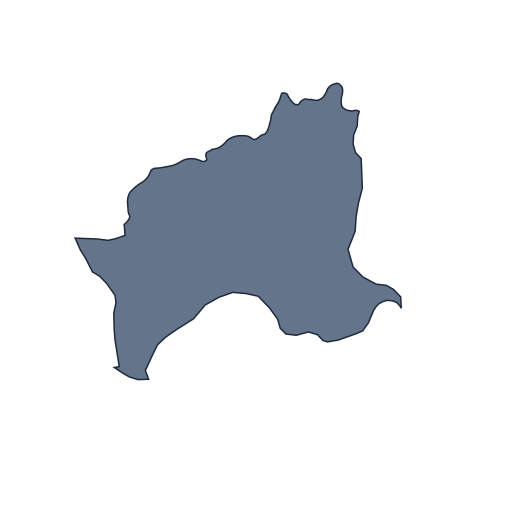 Jasong, Chagang-do, North Korea, rotated 46°
{"feature_id": "82179303B8327085431714", "entity_name": "Jasong", "entity_type": "district", "adm_level": 2, "iso_a3": "PRK", "parent_name": "North Korea", "parent_adm1": "Chagang-do", "projection": "equal_earth", "projection_center": [126.597, 41.451], "detail": "fine", "context": "isolated", "style": "filled", "palette": "slate", "viewbox_px": 512, "rotation_deg": 46, "n_neighbors": 0, "source": "geoboundaries", "source_scale": "gbopen_adm2", "svg_char_len": 6039}
<svg xmlns="http://www.w3.org/2000/svg" viewBox="0 0 512 512"><g transform="rotate(46 256 256)"><path d="M384.0,231.2L382.1,221.4L376.9,209.4L375.9,204.9L375.7,200.9L376.9,196.6L378.8,192.7L382.8,189.1L387.2,187.1L391.4,187.1L394.5,187.8L385.9,180.3L375.8,180.3L367.7,182.6L359.6,189.2L345.4,193.7L331.3,193.8L315.1,185.1L307.1,167.5L297.1,156.5L289.1,145.5L281.0,132.3L258.9,112.6L250.8,112.6L242.8,108.3L236.8,101.7L232.8,92.9L226.7,86.3L223.7,81.3L223.1,81.5L222.4,81.7L221.9,82.0L221.4,82.3L221.0,82.5L220.7,82.8L220.4,83.1L220.2,83.5L219.9,83.9L219.6,84.3L219.4,84.7L219.1,85.2L218.8,85.7L218.5,86.1L218.0,86.5L217.5,87.0L217.1,87.2L216.7,87.6L216.1,88.0L215.8,88.3L215.2,88.7L214.8,88.9L214.4,89.1L213.1,89.7L212.5,89.8L212.0,90.1L211.4,90.2L210.9,90.3L210.5,90.3L210.0,90.4L209.4,90.4L208.6,90.3L208.3,90.2L207.6,90.0L206.9,89.7L206.6,89.4L206.0,89.2L205.7,88.8L204.7,88.0L204.3,87.7L203.9,87.3L203.4,86.7L203.1,86.3L202.6,85.8L202.2,85.4L201.9,85.0L201.4,84.5L201.0,83.8L200.7,83.4L200.4,82.9L200.1,82.5L199.8,81.9L199.4,81.4L199.0,80.8L197.5,79.1L197.1,78.6L196.6,78.3L196.3,78.0L195.9,77.7L195.6,77.5L194.6,76.9L194.1,76.8L193.6,76.7L193.1,76.6L192.4,76.6L191.9,76.6L191.2,76.7L190.5,76.7L189.5,76.9L189.2,77.0L188.8,77.2L188.5,77.4L188.3,77.6L188.0,77.9L187.8,78.2L187.5,78.5L187.3,78.9L187.1,79.2L186.9,79.6L186.7,79.9L186.6,80.2L186.4,80.6L186.3,81.0L186.1,81.2L185.7,82.3L185.7,82.7L185.5,83.1L185.4,83.4L185.4,83.8L185.3,84.2L185.3,84.5L185.3,85.3L185.2,85.6L185.3,86.1L185.2,86.4L185.4,87.5L185.4,88.1L185.6,88.6L185.7,89.0L185.8,89.3L186.1,89.7L186.3,90.1L186.4,90.5L186.8,91.1L187.0,92.0L187.2,92.5L187.5,93.3L187.6,93.9L187.8,94.5L187.9,94.9L188.1,95.5L188.1,96.1L188.3,96.8L188.3,97.7L188.3,98.7L188.2,99.4L188.0,100.1L187.9,100.8L187.6,101.6L187.4,102.2L187.1,102.7L186.8,103.3L186.5,103.7L186.2,104.2L185.9,104.6L185.6,105.0L185.0,105.3L184.1,106.0L183.5,106.4L183.1,106.7L182.7,107.0L182.1,107.3L181.5,107.7L180.9,108.8L180.3,109.2L179.8,109.6L179.1,110.1L178.3,110.6L177.7,111.2L177.1,111.7L176.7,112.3L176.4,113.3L176.2,114.1L176.1,114.8L176.1,115.5L176.0,116.2L175.9,116.9L176.0,117.4L176.5,118.9L176.5,119.7L176.5,120.5L176.1,121.0L175.1,121.8L174.6,122.2L174.0,122.6L173.0,122.8L172.3,122.9L171.5,122.9L170.3,122.9L169.5,122.9L168.5,122.8L167.5,122.7L166.6,122.6L165.6,122.4L164.6,122.2L164.0,122.0L163.1,121.9L162.5,121.6L162.1,121.3L161.3,121.2L160.4,121.3L159.9,121.6L159.4,121.8L158.9,122.1L158.5,122.4L157.8,122.9L157.2,123.8L157.0,124.1L156.9,124.6L157.5,125.7L157.8,126.3L158.1,126.9L158.5,127.8L158.9,128.4L159.3,129.2L160.1,130.5L160.2,131.1L160.9,132.6L161.0,133.4L161.3,134.2L161.5,135.3L161.7,136.1L162.0,136.9L162.2,137.8L162.3,138.6L162.6,139.4L163.6,142.0L163.9,142.8L164.4,144.4L164.6,145.3L164.9,146.0L165.2,146.7L165.6,147.4L166.0,148.0L166.4,148.6L166.9,149.1L167.3,149.7L167.8,150.2L168.1,150.7L168.5,151.1L168.8,151.7L169.2,152.3L169.5,152.9L169.9,153.5L170.2,154.1L170.6,154.7L171.0,155.4L171.4,156.1L172.3,157.4L172.5,158.1L173.0,159.0L173.3,159.8L173.7,160.5L174.2,162.6L174.4,163.2L174.4,164.7L174.4,165.1L174.2,165.6L173.8,166.2L173.5,166.7L173.2,167.2L173.0,167.7L172.7,168.8L172.5,171.2L172.5,172.1L172.2,173.4L172.1,174.1L171.9,174.6L171.7,175.2L171.4,175.8L171.0,176.4L170.4,176.7L169.9,177.0L169.3,177.1L168.7,177.3L167.9,177.4L167.1,177.7L166.7,177.7L165.7,178.0L165.0,178.3L164.4,178.5L162.7,179.7L162.0,180.3L161.3,180.9L159.8,182.4L158.5,183.8L158.1,184.2L157.5,184.9L157.1,185.4L156.7,185.9L155.9,187.2L155.6,187.8L155.2,188.4L154.8,189.1L154.3,190.2L154.2,190.6L153.9,191.0L153.4,192.9L153.0,194.3L152.9,195.0L152.9,195.6L152.9,196.1L152.8,196.6L152.9,197.3L153.0,198.7L153.1,200.3L153.1,200.5L153.1,201.1L153.1,201.7L153.1,202.4L153.0,202.9L152.9,203.6L152.9,204.3L152.6,205.9L152.4,207.0L152.1,208.0L151.8,208.6L151.6,209.2L151.4,209.5L151.1,209.9L150.8,210.4L150.6,210.9L150.2,211.7L149.9,212.1L149.2,213.0L148.7,213.5L148.7,213.9L148.7,214.4L148.6,215.0L148.2,216.4L147.6,218.1L147.5,218.8L147.4,219.6L147.6,220.6L147.8,221.1L148.3,221.5L148.7,222.1L149.5,222.7L150.1,223.1L150.7,223.4L151.3,223.7L152.0,224.2L152.4,224.5L152.7,225.0L152.7,225.5L152.5,226.5L152.2,227.2L151.6,228.0L151.1,228.6L150.5,229.0L148.9,229.7L148.0,230.1L147.5,230.4L146.0,231.1L145.6,231.4L144.0,232.3L143.1,233.1L142.4,233.6L141.6,234.3L140.9,235.0L139.7,236.5L138.9,237.4L138.3,238.4L137.7,239.5L137.1,240.5L136.7,241.7L136.3,242.9L135.9,244.2L135.7,245.3L135.1,247.5L134.8,248.6L134.3,249.8L134.1,250.6L133.6,251.7L133.0,253.1L132.4,254.0L131.2,255.9L130.5,257.1L129.6,258.2L129.0,259.3L128.1,260.6L127.4,261.7L126.8,262.7L126.2,263.4L125.7,264.1L125.1,264.9L124.6,265.5L123.9,266.5L123.1,267.2L122.5,267.9L122.2,268.7L122.0,269.5L121.7,270.0L121.5,270.8L121.6,271.9L121.7,272.6L122.1,273.3L122.3,274.1L122.6,274.9L123.0,275.7L123.2,276.2L123.5,277.2L123.8,278.2L124.2,280.3L124.3,281.5L124.3,282.7L124.3,284.3L124.1,285.2L124.0,286.3L123.8,287.3L123.2,289.7L123.0,290.9L122.8,292.7L122.7,293.5L122.6,294.6L122.5,296.1L122.5,297.2L122.5,298.2L122.5,300.0L122.6,302.1L122.9,303.1L123.2,304.2L123.7,305.1L124.1,305.9L124.5,306.8L125.1,307.7L125.9,308.8L126.7,309.7L127.6,310.6L128.3,311.4L129.2,311.9L129.9,312.5L130.4,313.0L131.1,313.6L131.9,314.2L132.6,314.8L133.2,315.4L134.2,316.2L135.0,316.9L135.8,317.4L136.7,317.9L137.4,318.3L138.2,318.5L139.2,319.0L139.9,319.3L140.4,319.9L140.8,320.8L141.2,321.8L141.4,323.0L141.7,324.0L141.8,325.0L141.8,326.1L141.9,327.6L141.7,328.7L141.6,328.9L144.0,330.7L150.2,335.9L146.1,344.8L142.0,351.5L133.8,358.1L117.5,373.7L129.6,378.1L139.7,380.3L153.9,384.7L162.0,382.5L172.1,382.5L186.3,384.7L192.3,389.1L198.3,398.0L210.4,409.1L218.4,415.7L240.6,431.2L237.7,435.4L246.6,433.5L254.8,431.2L262.9,426.8L270.1,418.9L261.5,415.1L255.5,399.7L251.5,388.7L251.6,377.6L253.7,364.3L257.8,344.4L255.9,326.7L260.0,311.2L266.1,297.9L276.3,289.1L286.4,282.4L302.6,282.3L316.7,284.4L324.8,288.8L332.9,288.7L341.0,282.1L347.1,271.0L355.2,266.5L363.3,266.5L367.4,264.3L373.5,255.4L381.6,237.7L384.0,231.2Z" fill="#64748b" stroke="#1e293b" stroke-width="1.5"/></g></svg>